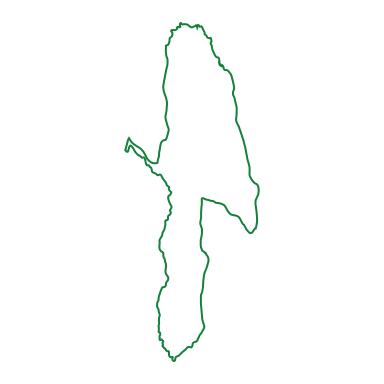 outline of La Pintada, Antioquia, Colombia
{"feature_id": "7082276B54917779252174", "entity_name": "La Pintada", "entity_type": "district", "adm_level": 2, "iso_a3": "COL", "parent_name": "Colombia", "parent_adm1": "Antioquia", "projection": "equal_earth", "projection_center": [-75.609, 5.74], "detail": "fine", "context": "isolated", "style": "outline", "palette": "green", "viewbox_px": 384, "rotation_deg": 0, "n_neighbors": 0, "source": "geoboundaries", "source_scale": "gbopen_adm2", "svg_char_len": 5973}
<svg xmlns="http://www.w3.org/2000/svg" viewBox="0 0 384 384"><path d="M165.9,45.7L166.0,46.9L165.8,51.0L166.0,53.4L166.4,56.3L167.2,58.0L167.5,59.6L167.6,62.5L167.2,66.3L166.8,67.3L165.6,73.0L164.0,81.5L163.3,85.7L163.2,87.7L163.8,91.4L166.0,97.8L166.6,100.1L167.1,102.9L166.5,110.8L165.4,116.7L165.7,119.1L167.3,125.1L167.7,126.2L168.5,128.4L168.7,129.5L168.6,130.7L167.4,135.5L166.4,138.5L165.9,139.5L165.4,140.0L163.8,140.2L162.7,140.8L161.8,141.7L160.9,143.2L160.2,146.5L159.9,148.8L159.2,152.1L158.9,156.6L157.9,159.8L157.4,162.9L155.6,163.3L152.8,163.1L150.8,162.2L148.5,160.3L147.1,158.6L145.5,155.3L143.4,151.7L141.8,149.8L139.7,147.9L136.9,146.3L133.8,144.2L131.5,142.1L129.0,138.2L128.1,139.8L125.3,150.3L126.9,151.8L127.9,151.6L128.1,151.1L129.2,147.1L129.6,146.3L130.3,145.6L130.7,145.6L132.0,146.6L133.6,149.0L135.1,151.7L136.3,153.2L138.1,155.0L140.3,156.1L141.4,157.2L141.8,157.5L142.3,157.6L143.7,157.4L144.2,157.6L145.2,160.0L145.8,162.9L146.2,164.0L146.7,165.0L146.9,165.3L147.3,165.4L148.6,165.2L148.9,165.4L149.8,167.0L150.6,167.3L151.2,167.9L151.4,168.3L152.0,171.4L152.3,171.9L152.8,172.4L155.7,173.6L157.6,175.2L158.0,175.2L159.5,174.6L160.1,174.6L160.7,174.9L161.2,175.5L163.1,179.0L165.8,182.5L166.2,183.3L166.8,185.2L167.5,185.9L169.1,187.0L169.2,187.4L168.9,188.0L168.8,188.6L169.1,189.8L169.5,190.5L171.2,192.2L171.2,192.9L170.9,193.6L169.8,195.1L168.5,196.0L168.3,196.5L168.1,197.3L168.4,199.4L169.2,201.9L170.8,205.2L171.5,206.4L171.5,207.3L171.3,207.9L170.0,210.3L170.0,210.7L170.6,211.8L170.8,213.0L170.1,214.5L168.7,215.5L168.3,215.9L168.0,216.6L168.0,218.9L167.9,219.4L167.6,219.9L167.3,220.1L166.1,220.2L165.4,220.8L165.3,221.3L165.4,224.7L165.1,226.1L164.4,229.3L164.0,230.2L162.6,232.6L162.0,235.8L160.0,239.1L159.7,239.8L159.5,240.7L159.7,243.4L159.4,245.7L159.4,248.0L159.7,249.1L160.5,250.6L161.0,251.2L162.6,252.1L163.2,253.1L163.4,253.7L163.3,255.9L163.4,256.6L164.8,259.4L165.0,261.6L165.7,263.0L166.0,264.2L166.1,266.9L165.6,269.2L165.5,271.2L165.6,272.4L165.9,273.5L166.4,274.5L167.2,275.8L167.9,276.6L168.2,277.7L168.3,278.7L168.0,280.1L167.4,281.0L166.9,281.5L166.1,282.8L165.8,285.4L165.2,286.4L164.4,287.0L162.3,287.4L161.5,289.0L160.4,291.8L159.2,295.5L158.7,297.3L158.5,300.2L157.4,302.4L157.2,303.3L157.1,305.2L157.2,306.8L157.5,307.6L158.5,309.4L158.8,311.9L159.6,314.1L159.7,314.9L159.7,315.7L159.2,317.3L159.0,318.8L158.9,320.7L159.1,322.4L159.1,324.2L158.6,325.8L158.6,326.4L158.9,327.9L158.7,331.3L158.8,332.2L159.6,332.4L160.0,332.7L160.3,334.7L160.2,335.0L159.6,335.8L159.5,336.3L159.5,336.8L159.7,337.6L159.6,339.2L159.7,339.8L160.1,340.0L161.6,339.5L162.1,340.2L162.9,340.7L163.1,341.0L163.2,341.8L162.5,342.8L162.5,343.2L162.9,344.2L162.8,344.9L163.0,345.6L162.9,346.0L162.6,346.0L162.6,346.4L164.1,347.8L164.4,348.4L165.3,348.8L166.0,350.2L167.1,351.1L167.5,351.3L168.6,351.2L168.8,351.4L169.0,352.4L169.0,355.0L169.1,355.6L169.4,356.1L169.9,356.7L170.6,357.2L172.6,357.0L172.8,357.3L172.4,358.1L172.3,358.6L172.7,360.4L173.8,360.9L174.3,361.0L174.8,360.6L175.1,360.0L175.5,357.9L175.9,357.0L176.3,356.7L178.2,356.0L178.9,355.6L182.3,352.1L185.1,349.9L187.6,347.3L188.7,347.0L191.3,347.3L191.6,347.1L192.1,346.5L192.4,345.7L192.7,343.7L192.9,343.2L193.9,342.3L196.4,341.5L197.2,340.6L199.9,334.7L201.3,333.3L201.6,332.4L203.7,328.9L204.2,327.5L204.3,326.1L203.6,324.0L202.3,319.4L200.9,303.7L200.9,296.1L201.1,294.5L202.1,292.4L202.9,287.8L203.3,281.0L203.9,276.2L204.4,273.4L206.9,267.0L208.5,261.1L208.4,258.5L207.6,256.4L206.0,254.0L205.5,253.5L205.7,253.1L202.2,250.6L201.0,247.4L200.7,245.5L200.7,240.3L201.6,235.8L202.0,232.7L202.0,229.9L201.8,228.5L200.5,224.7L200.2,222.9L201.1,217.6L201.1,212.3L201.5,206.6L201.8,204.3L201.8,198.6L202.6,198.2L203.2,198.2L206.0,199.5L209.3,200.2L210.8,200.9L212.8,200.9L213.7,201.3L215.8,202.8L218.1,203.0L220.6,203.5L223.7,204.8L225.1,206.3L228.1,211.6L230.1,213.8L231.2,214.6L236.7,215.8L238.1,216.6L238.9,217.2L240.3,219.2L241.2,221.2L242.8,224.0L244.0,224.8L246.4,229.4L249.3,232.7L250.5,233.1L252.1,232.6L252.7,231.9L253.9,230.0L254.7,229.0L255.3,228.3L255.7,228.4L256.3,226.1L256.9,222.7L257.1,219.9L256.9,215.9L256.5,211.5L255.5,204.0L255.5,201.9L255.7,200.1L258.2,194.6L258.7,190.9L258.6,188.6L258.3,187.1L257.8,185.5L257.2,184.6L256.2,183.9L254.8,183.2L253.3,181.8L251.5,179.3L249.9,176.3L249.5,174.8L249.6,169.9L249.5,167.0L248.7,163.7L247.5,159.5L245.3,147.7L243.1,139.4L240.9,132.6L238.7,126.3L236.9,122.9L236.3,121.2L236.1,119.9L236.1,118.9L236.6,114.9L236.6,111.5L236.7,110.2L236.7,108.3L236.3,105.1L235.9,104.3L234.6,98.5L234.3,97.4L233.1,94.9L233.0,94.0L233.0,92.6L233.2,91.3L233.9,89.6L234.1,88.7L234.1,86.9L232.6,80.1L231.5,75.9L230.9,74.5L230.1,73.2L228.7,71.5L227.7,70.6L226.8,70.1L224.9,70.0L224.0,69.2L223.6,68.3L223.2,66.2L222.3,65.2L222.0,65.3L221.5,66.1L221.3,66.2L221.0,65.8L220.5,64.3L220.3,64.2L220.2,64.4L220.2,65.3L219.9,65.1L219.8,64.6L219.5,64.4L219.6,63.4L219.5,63.0L219.0,62.8L218.9,62.6L219.0,61.9L219.4,61.7L219.5,61.4L218.9,58.1L218.5,57.6L217.7,57.5L216.5,57.1L215.7,56.3L214.9,55.1L212.5,49.9L211.9,47.4L211.9,46.0L211.0,44.4L210.7,43.7L210.7,43.0L210.9,42.4L211.5,41.7L211.5,41.4L211.4,40.9L211.1,38.7L210.9,38.2L210.5,37.9L209.5,38.3L208.0,37.8L207.2,37.3L206.8,36.3L206.1,35.3L204.9,34.5L204.7,34.1L204.6,32.3L203.1,29.7L202.4,27.8L201.9,26.8L201.5,26.4L199.8,26.7L198.7,25.2L197.9,25.0L197.6,25.5L197.4,27.0L197.2,27.6L196.7,26.0L196.5,25.5L196.3,25.3L196.0,25.3L195.0,26.1L193.8,26.5L192.6,27.2L191.3,27.3L189.5,26.3L187.8,24.8L187.2,24.5L184.2,24.1L182.6,24.5L181.9,24.1L181.2,23.3L180.8,23.0L180.5,23.1L180.1,23.6L180.0,24.2L180.0,25.4L180.3,26.5L180.3,26.8L179.9,27.2L179.3,27.2L178.6,26.8L177.8,26.8L177.3,27.2L177.0,27.6L177.2,28.5L177.1,28.9L176.4,29.5L174.8,30.2L172.1,30.0L171.3,30.5L171.2,31.3L171.4,31.6L172.3,32.4L172.4,34.6L172.2,35.6L171.6,36.6L169.9,38.0L169.7,38.4L169.5,39.7L169.5,41.2L169.3,42.1L168.8,43.6L168.5,44.2L168.1,44.8L167.6,45.0L165.9,45.7Z" fill="none" stroke="#15803d" stroke-width="2"/></svg>